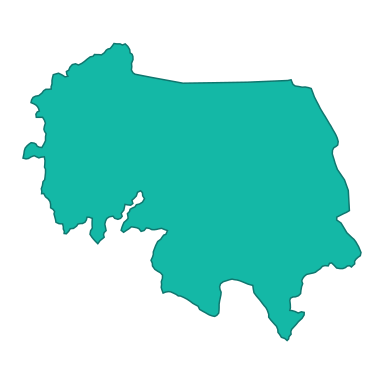 the district of Joinville, Santa Catarina, Brazil
{"feature_id": "56859067B35489992852135", "entity_name": "Joinville", "entity_type": "district", "adm_level": 2, "iso_a3": "BRA", "parent_name": "Brazil", "parent_adm1": "Santa Catarina", "projection": "orthographic", "projection_center": [-48.986, -26.263], "detail": "fine", "context": "isolated", "style": "filled", "palette": "teal", "viewbox_px": 384, "rotation_deg": 0, "n_neighbors": 0, "source": "geoboundaries", "source_scale": "gbopen_adm2", "svg_char_len": 4878}
<svg xmlns="http://www.w3.org/2000/svg" viewBox="0 0 384 384"><path d="M349.4,210.6L348.3,190.5L344.5,179.9L337.4,169.5L335.1,163.3L334.1,159.8L333.1,156.6L332.3,153.9L332.5,150.2L333.8,147.7L335.9,146.5L337.7,145.0L338.2,141.6L337.2,138.0L335.9,135.0L334.5,132.4L332.9,129.7L330.7,125.7L329.4,123.7L325.1,116.4L323.8,114.4L320.9,109.6L319.8,107.6L318.5,104.9L317.1,102.3L314.4,97.0L312.3,91.3L311.2,88.5L308.4,87.6L305.2,87.0L302.2,87.2L298.7,86.5L295.2,86.0L293.0,84.4L291.9,81.9L291.1,79.8L287.8,80.5L247.6,82.2L211.0,82.8L183.0,83.2L151.9,77.5L135.0,74.2L133.0,72.8L131.4,70.0L131.8,66.7L131.5,63.3L133.0,59.6L132.9,56.5L132.1,54.3L130.1,52.9L129.7,49.6L127.8,46.4L125.2,43.9L122.4,45.0L120.1,43.9L116.9,43.9L114.0,43.5L112.1,46.2L110.2,48.5L108.0,49.0L106.3,50.1L104.3,52.8L101.4,54.9L98.8,54.6L96.6,54.6L94.5,54.5L93.0,56.3L90.2,56.9L87.1,59.2L84.4,61.5L81.9,63.3L78.5,65.0L75.5,63.8L72.3,64.6L70.0,67.1L68.7,70.2L66.4,71.5L66.8,74.2L67.9,76.2L65.1,76.9L62.0,74.9L58.5,73.2L55.6,74.0L53.3,74.7L52.5,77.7L52.0,80.4L52.0,83.9L51.1,86.7L51.2,89.0L48.8,89.3L45.8,89.3L43.6,90.8L42.0,93.0L38.8,95.6L35.5,96.2L33.1,97.4L31.6,99.9L31.0,102.6L34.0,103.9L35.9,105.0L37.5,106.6L38.6,108.6L39.3,111.0L37.3,111.9L35.9,114.2L36.3,117.3L39.1,117.3L42.6,117.3L44.4,120.2L45.4,123.2L44.4,126.3L43.9,129.2L44.6,131.4L46.1,133.7L45.5,136.7L45.5,140.7L44.0,143.8L41.9,147.5L39.2,147.2L37.1,146.1L36.0,144.1L34.1,143.1L31.1,142.7L28.8,144.3L27.0,145.9L25.2,148.1L24.3,150.9L23.9,154.0L23.0,158.1L26.0,158.9L28.4,158.5L31.2,156.8L34.2,155.7L36.9,157.0L38.9,157.9L40.9,157.2L44.3,156.8L45.0,160.7L44.8,164.4L44.5,167.1L45.5,169.2L45.5,172.8L45.1,176.6L44.7,179.7L43.0,181.7L42.4,185.6L41.3,188.7L41.8,191.3L41.6,193.7L43.7,193.5L45.5,196.8L48.3,199.1L50.0,201.5L50.6,204.4L50.6,207.8L53.0,209.3L54.6,211.5L54.0,213.9L54.7,216.5L55.5,219.5L56.0,222.3L59.0,223.7L62.6,223.9L63.3,226.7L63.3,229.1L64.3,231.1L64.1,233.5L66.3,233.8L68.6,231.4L70.3,228.7L73.5,228.4L76.6,226.1L77.9,224.1L79.9,223.6L82.5,223.5L85.0,222.2L86.4,219.9L87.0,217.2L89.1,217.2L92.3,218.4L92.1,222.0L92.1,224.9L92.3,228.2L90.6,230.7L90.0,234.3L91.9,237.2L93.7,239.4L95.5,241.4L97.8,243.7L100.1,240.6L102.6,238.6L104.2,237.2L103.5,234.9L104.1,232.6L106.1,230.6L105.5,227.5L104.8,224.1L105.6,220.9L106.9,218.4L109.4,216.8L113.0,216.2L114.7,218.3L117.9,219.3L120.5,218.4L122.2,216.3L121.2,213.4L123.8,210.1L124.4,207.3L125.0,204.4L127.9,204.9L130.7,205.2L132.9,203.5L131.9,200.3L134.0,198.4L136.3,196.0L137.5,192.3L140.6,190.8L142.4,192.6L142.7,195.8L144.5,198.7L142.5,202.1L139.5,204.0L136.4,204.7L134.9,206.9L132.2,208.1L130.1,209.3L129.5,211.5L127.4,213.7L127.9,216.1L128.1,218.4L126.6,220.1L124.0,222.4L122.8,225.1L122.0,227.2L121.1,230.3L123.6,232.3L126.4,230.4L128.9,228.8L131.4,226.8L134.6,227.3L137.0,227.8L139.0,228.7L141.1,231.4L144.1,230.5L146.3,227.9L149.4,228.4L151.7,229.6L154.2,229.7L156.5,229.4L158.9,228.8L161.6,228.3L164.2,229.4L167.5,230.6L165.9,234.3L163.7,235.1L162.4,236.8L160.7,239.3L157.7,241.5L155.7,245.5L154.3,249.2L153.3,251.9L153.3,254.5L152.5,257.1L151.0,260.3L152.3,263.1L152.5,266.0L154.8,269.3L157.8,271.3L160.5,272.8L162.5,275.1L162.4,278.4L161.3,281.7L161.6,284.4L161.2,287.4L161.9,289.8L163.1,293.1L165.5,292.1L168.3,291.6L170.6,291.8L173.5,293.1L176.2,294.4L178.2,295.9L180.5,296.0L183.9,297.5L187.1,299.2L190.1,301.2L192.8,303.3L195.1,304.6L198.1,306.2L199.6,309.4L203.2,311.5L205.1,312.5L207.3,313.8L209.3,314.9L212.2,315.9L214.7,316.4L216.8,315.3L218.7,313.1L219.0,310.4L219.1,307.6L219.1,304.2L219.6,300.9L220.2,298.2L220.9,294.8L221.1,292.1L220.0,289.5L219.6,286.7L220.6,283.7L223.3,281.7L226.5,280.7L229.2,279.8L232.1,279.1L234.1,279.6L237.2,280.0L240.0,280.8L242.0,281.6L244.9,282.8L248.0,284.1L250.5,284.8L252.8,285.4L253.3,289.1L254.0,292.7L256.2,295.7L257.7,297.5L259.7,299.8L261.0,301.5L262.3,303.3L264.1,305.6L265.8,307.5L267.2,310.0L268.7,314.2L268.7,317.2L270.7,319.9L273.0,322.5L274.5,324.2L276.5,326.3L277.8,329.5L278.0,332.4L279.6,334.4L281.4,337.3L284.8,338.5L287.1,340.5L288.6,339.0L289.0,336.7L291.1,334.2L290.8,331.7L291.7,329.3L293.8,327.0L296.1,324.5L298.3,321.8L300.0,320.2L302.0,318.4L304.1,315.0L304.2,312.4L301.4,311.8L298.2,313.0L295.1,311.5L292.0,310.6L289.8,310.4L290.4,307.9L290.3,304.5L289.8,300.4L290.5,298.2L292.8,297.0L295.6,296.8L298.5,295.7L300.6,293.6L300.9,290.6L301.6,286.6L302.7,283.7L301.7,280.9L302.7,278.5L304.3,276.3L306.7,274.4L310.2,273.6L313.5,272.9L315.5,272.2L317.8,270.4L320.3,268.7L322.4,266.3L324.9,265.6L328.2,265.9L329.5,263.3L331.6,262.9L334.1,265.3L336.6,268.0L340.0,268.6L342.8,268.6L345.4,267.6L347.3,266.0L349.6,265.7L351.4,267.0L352.9,265.5L354.7,263.9L354.6,261.3L355.8,259.4L357.9,257.4L360.3,255.7L361.0,252.5L358.6,246.7L355.8,241.8L354.0,239.4L351.7,237.4L346.9,232.8L342.9,226.1L341.0,223.0L339.0,221.6L336.7,220.0L336.8,217.1L343.9,213.5L346.4,212.4L349.4,210.6Z" fill="#14b8a6" stroke="#0f766e" stroke-width="1.5"/></svg>